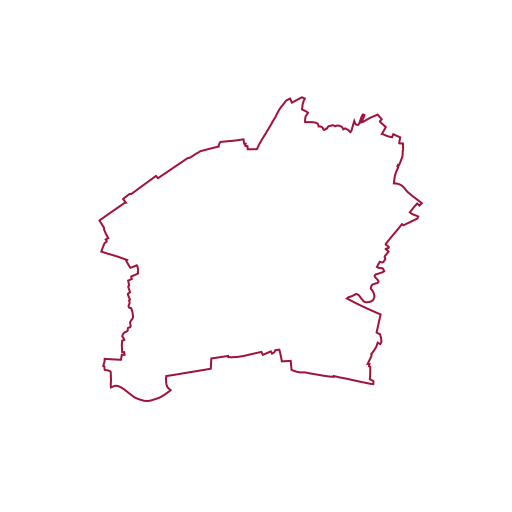 Thai Binh, Thái Bình, Vietnam, rotated 23°
{"feature_id": "81297802B85054848055124", "entity_name": "Thai Binh", "entity_type": "district", "adm_level": 2, "iso_a3": "VNM", "parent_name": "Vietnam", "parent_adm1": "Thái Bình", "projection": "orthographic", "projection_center": [106.35, 20.453], "detail": "fine", "context": "isolated", "style": "outline", "palette": "rose", "viewbox_px": 512, "rotation_deg": 23, "n_neighbors": 0, "source": "geoboundaries", "source_scale": "gbopen_adm2", "svg_char_len": 6085}
<svg xmlns="http://www.w3.org/2000/svg" viewBox="0 0 512 512"><g transform="rotate(23 256 256)"><path d="M225.8,97.8L223.0,101.2L221.7,106.4L221.1,108.0L220.5,110.9L220.1,113.6L219.7,117.0L219.6,119.8L219.3,122.6L218.8,125.3L218.5,129.2L217.1,139.0L215.9,146.6L215.3,151.4L215.1,157.3L206.7,161.0L205.2,158.2L203.3,158.8L202.1,157.6L202.6,157.2L202.7,156.9L202.7,156.7L202.3,156.6L201.2,157.1L198.9,153.5L192.2,157.6L178.7,164.9L178.5,166.0L178.3,167.1L178.5,168.8L178.9,169.8L171.8,175.1L163.6,181.5L163.0,182.4L162.0,184.0L160.8,185.3L157.2,190.8L156.5,191.5L154.6,192.9L137.1,220.0L135.4,222.7L132.6,221.4L116.9,247.8L115.8,248.0L115.4,248.3L112.4,253.3L111.4,255.5L115.4,257.8L114.3,258.5L106.7,270.5L98.0,284.4L104.9,289.3L105.2,289.5L105.8,290.9L106.1,291.3L108.5,293.6L113.0,297.3L111.2,299.5L112.7,300.5L112.9,301.0L112.8,301.5L111.9,302.7L111.6,303.7L111.6,305.2L111.6,307.9L111.9,312.4L118.5,311.8L124.4,311.1L129.3,310.6L138.9,310.0L138.5,311.2L142.9,314.6L145.0,315.9L146.6,314.5L149.8,311.2L150.5,311.4L153.0,314.9L153.2,316.1L153.6,317.1L154.3,318.1L151.3,321.5L149.6,323.1L149.3,323.5L149.2,323.8L149.3,324.0L150.6,325.7L147.9,328.6L150.7,332.5L150.7,332.9L150.3,333.9L151.2,335.2L154.2,338.5L152.9,340.8L152.9,341.1L153.1,341.4L154.9,343.4L156.5,344.8L157.0,345.3L157.0,345.6L156.5,346.4L156.6,346.7L157.8,348.1L158.0,348.5L158.1,349.3L158.1,351.2L158.2,351.8L158.6,352.3L158.9,352.8L159.6,353.1L159.9,353.2L161.0,352.7L161.3,352.7L161.8,353.1L164.2,355.9L165.7,358.5L166.5,360.0L166.8,360.8L166.8,361.3L166.7,362.5L166.2,364.1L166.0,365.7L166.1,366.5L166.4,367.2L167.7,368.9L168.0,369.5L168.1,370.5L167.7,371.0L166.6,371.8L166.3,372.2L166.4,373.1L167.0,374.4L166.9,375.2L166.1,376.4L164.8,377.8L164.4,378.6L164.1,380.6L164.1,381.8L164.1,382.0L164.6,382.4L166.8,383.8L167.4,384.3L167.6,384.6L167.5,384.9L167.3,385.1L165.9,386.1L166.2,387.2L167.3,390.4L170.4,396.9L172.2,396.0L173.6,398.3L171.1,399.5L172.2,404.3L164.6,407.1L156.9,409.8L157.8,412.3L158.4,416.9L159.0,416.8L159.4,416.9L159.7,417.2L160.9,419.5L161.3,419.8L161.6,419.9L162.1,419.8L164.2,419.2L165.4,419.1L167.1,419.2L167.5,419.4L168.3,421.0L171.2,427.3L172.4,430.8L173.8,433.6L176.3,431.1L177.1,430.5L178.5,429.9L180.1,429.6L183.6,429.7L187.6,430.5L188.7,430.9L189.9,431.1L192.6,431.9L197.8,433.2L200.1,433.6L201.5,433.7L204.4,433.6L209.6,433.0L210.5,432.7L212.4,432.0L213.5,431.5L215.4,430.3L220.0,426.4L222.1,424.5L223.4,423.0L225.7,419.9L227.5,417.0L229.4,413.9L229.8,412.8L229.1,412.7L226.3,411.6L225.4,411.1L224.6,410.1L224.0,409.6L223.1,408.2L221.2,404.5L220.3,401.6L227.9,396.9L240.7,388.7L254.0,380.3L258.4,377.4L254.9,367.8L269.4,358.9L270.0,359.9L273.2,358.7L278.5,356.1L284.1,352.6L289.3,348.7L298.4,342.2L301.0,344.3L306.9,338.0L308.9,339.6L310.1,338.0L310.4,337.3L310.6,336.8L310.6,335.1L314.1,333.1L316.6,336.5L319.7,340.9L320.9,342.9L328.9,339.0L333.3,347.0L336.5,346.9L340.7,346.3L342.2,345.9L346.5,344.0L352.3,342.8L365.4,339.7L371.7,338.0L372.8,337.4L374.7,337.0L374.5,336.1L381.2,334.9L388.0,333.4L399.0,331.4L411.0,329.0L414.0,328.1L413.7,326.9L413.0,325.3L408.9,324.9L407.4,320.4L404.6,313.6L404.3,313.3L403.1,313.3L402.6,311.0L400.9,311.7L401.3,305.2L401.3,303.3L401.3,302.6L401.1,302.1L400.4,301.3L401.3,297.9L402.0,294.0L402.2,292.3L401.9,288.2L404.8,288.6L405.0,287.1L405.0,286.5L404.8,285.7L404.5,285.0L402.6,281.9L401.3,280.3L400.8,279.6L398.2,279.5L396.9,279.3L393.5,261.1L387.3,261.1L377.5,260.9L368.0,260.5L356.3,259.6L357.2,257.8L358.1,257.0L359.1,256.3L360.3,255.1L362.0,253.1L362.9,251.9L363.2,251.7L365.0,251.7L366.4,252.1L369.1,253.8L371.3,254.8L372.1,255.4L373.0,255.7L374.7,255.8L376.6,255.1L378.6,253.8L379.9,252.5L381.0,250.9L381.1,250.4L381.0,247.4L380.7,246.6L378.7,244.0L376.7,242.4L375.6,241.7L374.6,241.3L374.4,241.1L374.1,240.1L374.0,239.1L374.0,238.4L374.1,237.4L374.3,237.0L374.6,236.6L375.7,235.5L378.3,233.4L378.8,232.4L378.8,232.0L378.7,231.5L378.4,231.2L377.5,230.6L376.2,229.9L374.6,229.3L373.4,228.6L373.0,228.1L372.9,227.4L373.0,226.8L373.7,225.9L374.8,225.1L378.4,221.9L379.6,220.6L380.0,219.8L378.9,219.0L377.5,217.9L376.6,218.0L374.6,218.8L373.0,219.0L371.6,218.9L372.1,213.0L374.5,212.7L375.0,212.4L375.3,212.0L375.6,211.5L376.0,210.1L376.1,208.1L375.9,207.7L374.9,206.8L374.7,206.5L374.6,206.0L376.3,200.2L374.6,199.5L373.0,199.1L372.6,198.9L372.7,198.6L374.7,197.1L374.9,196.7L374.9,196.4L374.9,196.1L374.7,195.8L373.2,195.3L371.2,194.9L370.8,194.6L370.7,194.2L373.6,184.1L375.9,176.8L377.9,169.7L379.7,170.1L389.9,158.5L389.9,156.3L388.0,156.2L385.0,156.4L382.9,156.3L381.7,156.1L380.5,155.7L382.4,148.9L383.9,144.7L386.8,145.7L388.0,142.6L382.8,141.2L377.1,139.8L372.4,138.4L370.2,137.7L365.0,135.0L362.7,134.2L360.3,134.0L358.0,134.2L355.7,134.8L354.5,135.3L353.2,130.6L352.5,127.9L352.2,125.0L352.2,120.4L352.3,119.0L352.2,118.5L351.1,118.3L351.2,116.5L352.1,116.4L352.2,114.1L351.9,107.5L351.6,106.2L351.3,105.2L350.7,103.6L350.1,102.3L349.9,100.7L347.3,95.0L344.1,96.3L343.7,96.2L342.9,92.8L342.4,90.4L338.2,90.4L334.8,90.2L334.9,93.5L334.6,93.6L332.1,94.1L329.1,94.3L325.8,94.3L324.2,94.5L325.1,86.6L317.9,84.1L317.5,83.8L317.5,83.4L318.3,81.3L318.3,81.0L312.7,78.3L306.8,84.5L302.2,90.6L301.0,91.6L300.9,89.9L300.9,85.5L300.8,84.3L300.7,83.8L299.5,83.8L299.0,84.1L298.8,87.3L299.2,93.7L299.0,95.0L298.7,95.5L297.7,95.9L296.5,95.8L295.7,95.5L293.7,93.4L294.6,101.2L294.8,102.1L294.9,103.4L294.7,104.4L294.4,105.2L292.6,104.3L291.7,104.0L289.5,103.8L288.2,103.7L286.8,105.3L285.2,103.9L284.4,103.6L282.4,103.5L281.5,103.6L280.6,103.9L279.5,104.4L278.9,104.8L278.4,105.6L275.7,105.5L274.5,106.5L272.4,107.9L272.0,108.4L271.8,108.8L271.6,110.5L271.3,111.3L270.8,111.3L270.6,111.4L270.4,111.8L270.2,112.4L269.9,113.0L269.4,113.4L268.8,113.3L268.2,112.9L267.6,112.2L266.7,111.7L266.2,111.6L265.0,111.6L264.4,111.7L263.0,112.3L261.8,110.6L261.2,110.2L259.8,110.0L258.5,110.0L256.1,110.6L254.1,111.4L248.9,113.6L248.0,111.5L247.2,108.7L247.3,107.4L247.7,105.4L247.8,103.8L246.1,103.4L241.3,103.1L240.9,102.9L240.6,101.2L239.6,98.1L239.3,94.5L239.4,92.0L236.2,92.0L229.1,100.8L225.8,97.8Z" fill="none" stroke="#9f1239" stroke-width="2"/></g></svg>